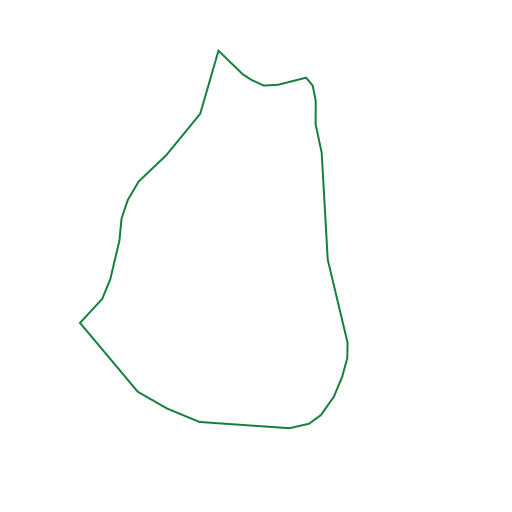 SVG path tracing the border of Chandigarh, rotated 212°
{"feature_id": "IND-2427", "entity_name": "Chandigarh", "entity_type": "Union Territory", "adm_level": 1, "iso_a3": "IND", "parent_name": "India", "parent_adm1": "", "projection": "equal_earth", "projection_center": [76.773, 30.736], "detail": "fine", "context": "isolated", "style": "outline", "palette": "green", "viewbox_px": 512, "rotation_deg": 212, "n_neighbors": 0, "source": "natural_earth", "source_scale": "10m", "svg_char_len": 534}
<svg xmlns="http://www.w3.org/2000/svg" viewBox="0 0 512 512"><g transform="rotate(212 256 256)"><path d="M284.3,78.2L369.8,106.0L363.7,138.1L367.2,158.9L380.0,196.7L389.8,216.4L394.4,235.5L395.0,257.0L385.5,294.0L378.7,347.1L396.6,410.2L363.7,403.1L353.5,402.9L339.8,404.6L328.0,412.9L308.0,433.8L298.2,430.5L287.7,419.4L275.1,399.1L255.1,378.5L193.3,291.0L132.4,231.0L124.5,217.8L118.9,199.2L115.4,177.8L116.7,155.4L122.2,141.8L136.5,127.6L216.0,85.3L250.5,79.5L284.3,78.2Z" fill="none" stroke="#15803d" stroke-width="2"/></g></svg>